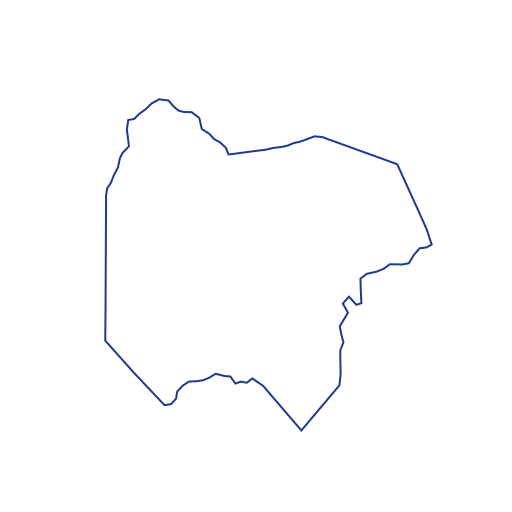 outline of Nazarezinho, Paraíba, Brazil, rotated 161°
{"feature_id": "56859067B95822708783593", "entity_name": "Nazarezinho", "entity_type": "district", "adm_level": 2, "iso_a3": "BRA", "parent_name": "Brazil", "parent_adm1": "Paraíba", "projection": "equal_earth", "projection_center": [-38.331, -6.95], "detail": "fine", "context": "isolated", "style": "outline", "palette": "blue", "viewbox_px": 512, "rotation_deg": 161, "n_neighbors": 0, "source": "geoboundaries", "source_scale": "gbopen_adm2", "svg_char_len": 1299}
<svg xmlns="http://www.w3.org/2000/svg" viewBox="0 0 512 512"><g transform="rotate(161 256 256)"><path d="M378.0,362.2L396.1,310.4L406.7,280.1L416.4,252.4L420.8,240.0L426.1,225.1L409.9,186.4L391.1,144.8L384.5,143.6L378.0,147.2L374.6,153.5L367.4,157.3L360.1,159.1L352.8,156.9L346.0,155.7L339.6,156.2L332.5,157.8L324.9,152.8L319.5,150.4L317.0,142.1L311.1,142.1L306.0,139.2L299.3,141.4L291.5,130.8L269.9,76.3L219.2,106.6L214.4,116.8L210.8,128.1L207.1,139.2L201.4,146.0L200.8,154.4L199.7,162.2L193.9,167.1L187.5,172.5L189.4,182.7L181.4,187.3L176.9,177.1L171.7,177.1L168.3,188.8L164.6,200.6L157.0,203.1L146.9,201.9L139.3,202.4L132.2,204.6L125.9,202.4L120.7,200.4L113.9,199.4L106.1,205.8L98.8,210.0L92.0,208.6L86.2,209.6L85.9,225.1L87.5,243.4L92.6,296.8L154.8,347.0L161.8,350.1L171.6,349.8L177.8,349.8L184.0,350.5L190.0,350.1L196.4,350.8L204.3,352.5L213.2,353.5L221.8,355.4L229.6,357.0L236.7,358.4L243.3,359.7L248.9,361.0L249.3,368.2L252.9,375.0L257.4,380.0L260.4,386.8L265.9,393.6L264.7,405.0L270.1,413.0L277.3,415.6L281.9,418.7L285.3,424.3L288.1,431.5L296.5,435.7L305.1,434.2L312.3,430.8L320.7,428.2L326.6,425.2L332.5,426.2L336.9,417.8L338.3,411.0L340.4,401.1L348.9,396.7L353.0,392.6L357.5,384.9L364.9,377.8L369.4,372.4L374.7,368.4L378.0,362.2Z" fill="none" stroke="#1e3a8a" stroke-width="2"/></g></svg>